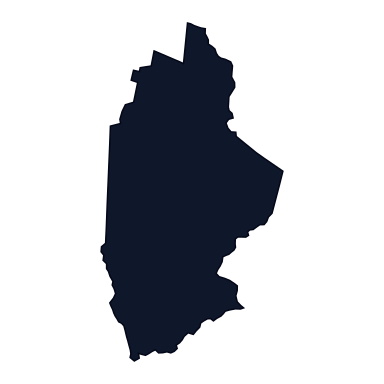 Boqueirão, Paraíba, Brazil (Robinson projection)
{"feature_id": "56859067B76212696864709", "entity_name": "Boqueirão", "entity_type": "district", "adm_level": 2, "iso_a3": "BRA", "parent_name": "Brazil", "parent_adm1": "Paraíba", "projection": "robinson", "projection_center": [-36.141, -7.501], "detail": "fine", "context": "isolated", "style": "filled", "palette": "ink", "viewbox_px": 384, "rotation_deg": 0, "n_neighbors": 0, "source": "geoboundaries", "source_scale": "gbopen_adm2", "svg_char_len": 1995}
<svg xmlns="http://www.w3.org/2000/svg" viewBox="0 0 384 384"><path d="M282.9,171.2L263.4,157.8L256.1,152.6L236.2,136.4L235.8,132.2L231.0,131.9L227.9,128.2L226.0,123.0L228.6,119.3L233.1,118.0L232.0,113.3L229.1,110.7L228.3,107.1L228.6,101.9L228.9,96.6L232.0,91.7L234.7,87.3L234.6,82.6L231.6,77.0L232.0,71.6L232.5,65.9L230.7,61.9L225.2,59.3L221.0,58.2L218.3,56.4L216.3,53.3L214.9,49.0L211.8,46.3L208.3,44.1L208.3,39.9L206.9,36.9L205.1,33.7L205.3,28.7L201.0,28.0L197.7,26.9L194.1,25.6L190.7,23.8L187.5,23.0L183.5,63.6L180.3,62.1L154.1,50.9L151.2,66.0L140.2,67.7L139.4,71.6L133.5,70.3L131.2,80.2L137.7,82.4L133.6,102.3L125.4,104.7L122.2,111.3L119.9,119.3L120.6,123.5L110.4,126.1L109.8,142.7L107.2,204.3L106.3,228.2L105.6,243.3L101.5,246.7L101.1,251.8L103.8,255.2L103.1,260.3L106.6,263.7L106.6,268.7L108.5,271.5L110.0,276.2L113.0,281.5L112.2,285.0L114.1,288.6L115.6,293.6L113.5,298.1L109.8,302.9L111.1,306.2L112.7,309.5L113.8,313.0L115.2,316.0L117.1,318.9L118.7,321.8L121.5,323.2L123.9,325.8L125.1,330.2L125.9,333.6L126.7,336.9L127.9,341.0L129.3,346.3L130.3,349.8L130.9,353.8L130.1,357.5L134.3,361.0L139.2,358.2L138.5,353.4L141.9,354.4L145.5,355.3L148.7,353.6L152.1,351.4L155.4,349.8L158.6,352.9L162.8,352.7L166.9,351.8L170.8,352.9L174.3,351.3L177.2,348.5L176.2,345.1L179.6,342.8L182.2,339.8L184.1,336.4L188.1,332.8L193.3,334.4L196.1,330.9L199.7,327.2L200.7,323.0L203.7,320.9L207.6,318.7L210.7,318.7L213.4,320.9L216.8,318.3L220.9,316.1L223.3,313.7L225.2,311.2L229.7,309.9L235.5,308.8L240.5,309.0L243.6,307.9L240.7,305.5L237.2,301.8L235.8,295.8L237.2,290.6L237.3,285.9L234.5,283.7L229.6,280.4L224.7,278.4L219.1,276.7L216.1,273.4L217.8,269.5L220.1,266.0L222.1,261.8L222.8,256.8L226.0,255.3L228.8,254.3L231.3,252.1L233.9,250.1L235.5,247.3L235.1,243.9L235.3,239.0L237.7,237.0L241.8,237.0L245.8,237.1L248.5,235.4L247.6,231.9L249.8,229.9L253.2,229.5L256.2,227.2L259.8,224.7L264.1,224.6L266.7,221.5L268.4,217.0L272.0,213.3L279.4,185.1L282.9,171.2Z" fill="#0f172a" stroke="#020617" stroke-width="1.5"/></svg>